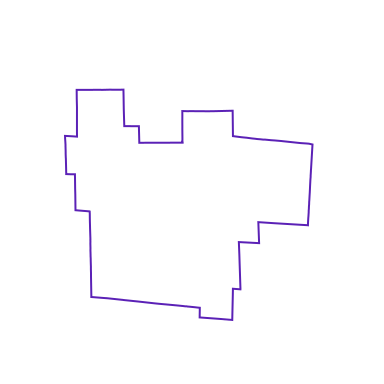 outline of Reviga, Ialomita, Romania, rotated 251°
{"feature_id": "2599482B66031816974747", "entity_name": "Reviga", "entity_type": "district", "adm_level": 2, "iso_a3": "ROU", "parent_name": "Romania", "parent_adm1": "Ialomita", "projection": "robinson", "projection_center": [27.13, 44.687], "detail": "fine", "context": "isolated", "style": "outline", "palette": "violet", "viewbox_px": 384, "rotation_deg": 251, "n_neighbors": 0, "source": "geoboundaries", "source_scale": "gbopen_adm2", "svg_char_len": 2362}
<svg xmlns="http://www.w3.org/2000/svg" viewBox="0 0 384 384"><g transform="rotate(251 192 192)"><path d="M199.6,318.3L200.5,316.3L202.9,310.6L204.2,307.8L210.0,295.4L211.1,293.1L211.5,292.2L213.9,286.8L215.2,283.7L217.9,277.8L218.3,276.5L219.6,273.8L220.8,271.0L221.8,269.0L223.0,266.4L224.4,263.6L225.6,261.2L226.5,259.2L227.6,256.8L231.5,248.9L255.6,256.9L260.9,240.2L263.0,233.8L269.4,215.6L269.5,215.0L271.7,209.2L270.5,208.8L268.1,208.0L262.1,205.9L256.5,204.0L254.8,203.4L250.6,202.0L246.4,200.6L243.8,199.7L243.2,199.1L242.6,199.0L242.5,199.4L242.3,199.4L241.7,199.2L246.1,186.3L250.8,172.5L255.7,158.2L271.5,163.2L272.5,160.4L276.3,149.4L291.4,154.1L293.3,154.7L294.8,155.2L305.2,158.6L311.1,160.5L311.2,160.1L312.2,157.1L313.8,152.4L314.1,151.6L314.9,149.2L315.1,148.9L317.6,141.0L318.8,137.6L318.9,137.4L322.7,126.1L326.1,116.2L318.6,113.7L317.4,113.3L309.5,110.8L286.6,102.9L281.8,101.3L282.0,100.8L283.5,97.3L286.4,90.2L285.0,89.8L284.1,89.5L280.4,88.5L279.0,88.1L277.6,87.7L276.2,87.2L275.8,87.1L275.5,87.0L275.2,86.9L272.3,86.0L269.0,84.9L265.4,83.8L264.6,83.6L254.5,80.4L251.8,79.5L251.3,79.4L249.9,78.9L248.3,83.0L247.8,84.4L246.9,87.1L244.5,86.3L244.4,86.3L232.9,82.5L227.8,80.9L212.7,75.9L207.0,88.9L206.7,88.9L205.9,88.6L204.8,88.3L204.2,88.1L203.6,87.9L200.9,87.0L196.9,85.7L194.3,84.9L191.2,83.9L181.8,81.0L180.2,80.5L180.1,80.4L178.2,79.8L176.3,79.1L171.9,77.7L169.7,76.9L167.7,76.3L165.5,75.6L164.0,75.1L163.9,75.1L162.6,74.7L162.2,74.6L160.4,74.0L156.6,72.8L154.3,72.1L152.0,71.3L148.2,70.1L145.3,69.1L127.5,63.3L127.4,63.3L125.5,62.6L119.5,76.4L119.5,76.5L112.4,91.7L112.2,92.0L105.9,105.6L105.8,105.8L98.8,120.6L96.9,124.7L94.0,131.2L89.4,141.4L87.1,146.4L87.0,146.6L86.2,148.2L85.6,149.8L85.1,150.6L84.7,151.6L82.2,157.0L81.0,159.5L80.0,161.7L70.9,158.4L63.2,176.4L57.9,188.4L66.6,191.6L82.0,197.3L87.2,199.2L84.2,206.1L84.4,206.2L112.6,214.9L117.1,216.3L129.4,220.0L121.8,238.8L141.9,244.9L135.8,259.4L123.0,290.4L122.8,290.8L123.1,290.9L123.6,291.1L126.2,292.1L129.6,293.5L131.4,294.3L133.1,295.0L134.5,295.6L135.6,296.0L136.2,296.2L138.0,297.0L140.1,297.8L142.4,298.8L144.3,299.5L145.9,300.2L148.6,301.3L150.8,302.2L153.2,303.2L156.2,304.4L159.5,305.7L165.2,308.0L167.7,309.1L168.6,309.4L172.2,310.9L174.0,311.6L175.6,312.3L177.8,313.2L179.0,313.7L197.7,321.4L199.6,318.3Z" fill="none" stroke="#5b21b6" stroke-width="2"/></g></svg>